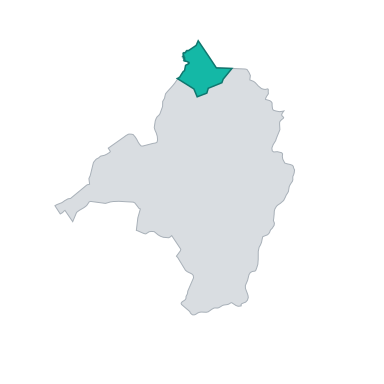 Kapoeta East, Eastern Equatoria, South Sudan shown in context, rotated 236°
{"feature_id": "79223893B62671962917549", "entity_name": "Kapoeta East", "entity_type": "district", "adm_level": 2, "iso_a3": "SSD", "parent_name": "South Sudan", "parent_adm1": "Eastern Equatoria", "projection": "equal_earth", "projection_center": [35.583, 5.094], "detail": "fine", "context": "in_parent", "style": "filled", "palette": "teal", "viewbox_px": 384, "rotation_deg": 236, "n_neighbors": 0, "source": "geoboundaries", "source_scale": "gbopen_adm2", "svg_char_len": 5897}
<svg xmlns="http://www.w3.org/2000/svg" viewBox="0 0 384 384"><g transform="rotate(236 192 192)"><path d="M272.9,293.1L264.5,304.5L263.9,305.2L262.8,306.1L259.4,306.1L255.9,305.5L252.6,302.6L249.3,304.9L247.2,305.6L246.0,305.8L243.0,306.2L238.9,307.4L237.0,309.0L236.0,310.2L235.2,312.4L234.7,312.6L234.0,312.4L232.9,311.5L230.7,310.2L229.6,307.4L228.6,305.6L227.7,304.7L224.2,307.6L222.5,308.2L221.1,308.2L218.6,306.6L215.8,305.2L214.3,305.2L212.2,306.9L209.7,309.4L208.4,312.0L207.8,313.5L207.0,311.2L206.1,309.7L205.0,309.2L202.6,309.7L202.0,308.9L201.9,307.0L201.6,305.2L201.0,303.8L199.2,302.5L194.5,299.7L190.9,294.3L189.1,291.7L187.8,290.1L185.9,285.8L183.8,282.8L181.2,281.5L179.5,282.1L177.7,285.3L174.4,288.3L172.9,288.4L171.0,286.8L168.5,285.6L164.1,285.1L162.3,286.5L159.9,288.8L157.9,290.2L156.6,290.3L155.5,289.8L154.1,289.5L153.0,289.4L150.7,287.4L149.4,285.8L148.6,284.4L147.3,283.4L145.8,282.5L144.7,281.2L144.1,279.6L143.2,277.5L142.1,275.6L138.5,272.2L137.5,270.2L136.7,268.3L135.3,266.1L133.7,263.2L133.2,259.0L133.2,255.6L132.9,254.0L132.2,252.5L131.5,251.1L130.2,249.6L127.3,247.4L124.3,244.9L122.8,243.5L120.1,242.9L118.5,241.5L117.1,238.3L116.6,235.8L115.2,233.8L114.6,232.4L114.3,230.7L115.4,225.7L113.8,223.9L111.5,221.6L109.8,219.1L108.7,216.8L105.7,213.7L99.1,209.2L95.3,206.2L93.2,203.6L91.4,201.1L91.2,200.0L92.4,197.5L92.6,195.3L91.6,193.0L87.7,188.7L84.6,183.9L82.2,182.4L76.4,181.0L74.7,180.5L73.0,179.6L71.3,177.4L70.7,174.9L71.6,170.8L71.1,169.5L70.1,169.2L70.4,168.3L71.5,166.3L73.3,165.0L78.1,163.0L78.4,162.2L78.5,159.7L78.9,158.4L80.6,154.9L80.9,153.5L81.0,150.5L81.2,149.1L81.7,148.0L83.0,146.3L83.5,145.2L83.7,142.9L83.6,138.4L84.3,136.6L87.4,132.4L88.2,130.6L88.5,128.9L88.5,127.2L88.7,125.6L89.6,124.0L90.4,123.5L92.6,123.0L94.1,123.3L104.7,120.4L105.9,120.8L106.5,122.5L106.4,125.2L106.6,126.5L107.1,127.4L108.8,128.7L109.9,130.8L110.5,131.6L112.2,133.1L120.0,145.3L122.2,146.4L124.3,146.0L128.6,143.5L130.8,142.8L145.7,143.5L147.4,143.2L147.5,143.2L149.7,149.4L150.8,150.7L167.2,150.8L166.9,149.1L167.1,147.1L170.1,143.4L170.5,142.9L173.0,141.1L175.5,139.9L180.3,138.5L182.0,136.3L183.0,134.3L183.1,130.3L183.7,129.6L184.8,128.7L190.3,125.2L191.3,124.4L200.9,132.7L206.4,139.2L206.7,139.6L207.0,139.7L207.3,139.5L207.5,139.2L208.2,138.9L210.5,138.8L214.9,138.5L216.4,137.7L225.3,126.0L227.6,122.2L228.1,121.5L229.4,118.8L230.8,114.3L231.1,113.7L240.8,102.8L241.2,101.9L241.3,101.2L239.8,97.5L239.5,95.7L239.5,92.8L239.8,88.3L239.7,85.5L239.5,84.7L234.1,76.5L247.8,76.4L247.8,75.4L247.7,75.1L247.5,74.1L247.3,72.9L247.4,72.2L247.4,71.5L247.4,71.1L247.4,70.8L247.4,70.7L247.5,70.5L257.3,70.7L257.1,73.0L255.9,78.3L256.0,81.5L255.7,85.2L255.3,86.3L254.8,87.2L254.6,87.6L254.6,88.0L256.6,108.5L256.5,109.4L255.9,110.7L255.8,111.1L255.7,111.4L256.0,111.6L260.5,113.9L260.7,114.0L260.9,114.2L262.5,116.8L271.4,126.6L271.7,127.1L272.6,130.1L272.7,130.6L272.8,131.3L272.7,131.9L272.5,133.7L272.6,134.6L272.7,135.1L272.8,135.8L272.8,136.4L271.4,139.9L271.0,142.5L270.9,144.6L270.9,145.8L271.1,146.6L271.2,146.9L271.3,147.0L275.2,147.1L275.2,148.2L275.6,166.8L275.7,168.9L275.5,171.5L275.0,172.5L273.9,174.0L272.6,175.3L269.1,175.7L266.2,175.6L264.1,175.3L261.3,175.2L258.7,175.5L257.7,176.7L254.2,186.6L253.1,189.0L252.8,190.5L253.2,191.3L254.5,192.6L257.5,194.3L261.0,195.4L263.5,195.8L265.3,196.3L266.6,196.8L271.5,201.3L273.0,203.4L273.9,205.3L274.1,207.3L274.8,209.2L279.3,215.4L283.5,218.4L285.1,221.7L286.7,223.3L288.2,225.0L289.0,227.6L290.8,235.0L292.0,238.9L293.3,242.1L293.8,247.4L294.8,249.7L295.9,252.5L297.6,255.1L299.4,257.0L299.7,257.6L281.3,281.9L272.9,293.1Z" fill="#d9dde1" stroke="#a8b0b8" stroke-width="1"/><path d="M268.1,280.9L272.1,294.2L273.2,292.7L279.8,283.6L281.2,281.6L294.3,281.7L301.7,281.7L307.2,281.7L313.9,281.7L311.2,277.4L311.2,269.0L311.1,268.3L311.2,268.2L311.3,268.1L311.4,267.9L311.5,267.9L311.6,267.7L311.7,267.4L311.8,267.3L311.8,267.2L312.0,267.0L311.9,266.9L312.0,266.8L312.0,266.7L312.1,266.4L312.1,266.2L312.0,265.9L311.9,265.8L311.9,265.6L311.7,265.5L311.6,265.4L311.5,265.2L311.4,265.0L311.4,264.8L311.4,264.7L311.3,264.4L311.3,264.2L311.3,263.9L311.5,263.8L311.5,263.7L311.7,263.4L311.8,263.3L311.9,263.2L312.0,263.2L312.0,262.9L312.1,262.7L312.1,262.4L311.9,262.2L311.7,262.2L311.6,261.9L311.4,261.8L311.2,261.8L311.2,261.7L310.9,261.6L310.7,261.5L310.5,261.4L310.4,261.3L310.3,261.2L310.2,261.2L310.2,261.3L310.2,261.5L310.2,261.4L309.9,261.3L309.9,261.2L309.8,260.9L309.7,260.7L309.7,260.8L309.7,260.7L309.4,260.6L309.4,260.8L309.3,260.7L309.2,260.8L309.2,260.6L309.2,260.4L309.1,260.5L309.1,260.4L308.9,260.4L309.0,260.3L309.0,260.2L308.9,260.2L308.9,260.3L308.7,260.2L308.7,260.3L308.4,260.3L308.2,260.4L308.0,260.5L307.9,260.4L307.7,260.3L307.5,260.5L307.4,260.5L307.4,260.4L307.3,260.5L307.2,260.6L307.1,260.4L307.0,260.2L306.9,259.9L306.9,260.0L306.8,259.9L306.8,260.0L306.7,260.1L306.6,259.9L306.4,259.9L306.5,259.8L306.5,259.7L306.4,259.7L306.2,259.7L305.9,259.7L305.7,259.7L305.4,259.5L305.4,259.4L305.3,259.5L305.2,259.4L305.2,259.5L304.9,259.5L304.8,259.4L304.7,259.4L304.7,259.5L304.4,259.6L304.2,259.6L304.1,259.8L303.9,260.0L303.7,260.1L303.6,260.3L303.4,260.4L303.3,260.5L303.2,260.6L303.0,260.8L302.9,260.9L302.7,261.0L302.4,261.2L302.2,261.2L302.0,261.3L301.9,261.4L301.7,261.4L301.7,261.5L301.4,261.7L301.3,261.8L301.2,261.9L300.7,261.9L300.4,261.6L300.4,261.4L300.3,261.1L300.3,260.9L300.3,260.6L300.4,260.3L300.3,260.2L300.2,259.7L300.3,259.5L300.3,259.3L300.3,259.2L300.5,258.8L300.5,258.6L300.6,258.4L300.6,258.2L300.6,257.9L300.5,257.7L300.5,257.4L296.8,253.7L296.8,252.5L296.8,252.1L295.0,247.9L294.1,246.2L294.2,245.9L294.2,245.6L294.2,245.2L294.0,244.9L294.0,244.6L294.0,244.3L294.1,244.1L294.1,243.8L294.2,243.7L294.3,243.6L294.4,243.4L294.4,243.2L276.4,251.2L268.0,249.5L265.7,259.6L268.9,263.5L265.9,277.9L268.1,280.9Z" fill="#14b8a6" stroke="#0f766e" stroke-width="1.5"/></g></svg>